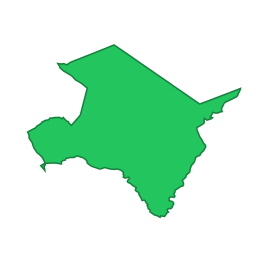 Brejo da Madre de Deus, Pernambuco, Brazil, rotated 109°
{"feature_id": "56859067B57083131073603", "entity_name": "Brejo da Madre de Deus", "entity_type": "district", "adm_level": 2, "iso_a3": "BRA", "parent_name": "Brazil", "parent_adm1": "Pernambuco", "projection": "equal_earth", "projection_center": [-36.237, -8.078], "detail": "fine", "context": "isolated", "style": "filled", "palette": "green", "viewbox_px": 256, "rotation_deg": 109, "n_neighbors": 0, "source": "geoboundaries", "source_scale": "gbopen_adm2", "svg_char_len": 2625}
<svg xmlns="http://www.w3.org/2000/svg" viewBox="0 0 256 256"><g transform="rotate(109 128 128)"><path d="M157.7,215.3L164.4,221.6L167.1,219.2L169.9,218.2L173.1,213.8L175.1,212.5L177.9,210.0L181.1,205.7L181.8,203.3L183.8,199.3L187.0,196.0L188.4,195.1L187.5,192.6L185.2,186.6L184.5,184.2L183.7,179.2L181.6,180.0L180.0,178.9L178.8,176.9L176.9,176.7L176.0,175.0L174.7,173.1L173.7,169.9L172.2,168.2L170.7,166.7L170.9,164.7L170.9,162.5L170.7,160.7L171.8,157.4L172.7,156.1L174.5,155.0L175.7,151.6L176.1,149.1L176.0,146.5L176.0,141.4L174.9,139.4L173.3,137.9L172.9,136.2L172.7,132.6L172.3,130.3L171.8,128.2L171.2,126.6L170.2,124.7L170.2,120.8L170.9,119.0L171.8,117.6L173.5,117.6L174.4,116.2L176.0,116.5L176.3,114.5L175.2,112.7L174.3,111.2L175.4,110.1L177.3,111.1L178.8,111.2L179.6,109.9L179.5,107.7L180.4,106.1L181.2,103.3L181.7,100.7L183.1,100.9L184.4,100.8L185.2,99.4L185.4,97.0L187.5,95.8L190.1,92.8L192.0,91.1L190.9,89.1L191.6,87.6L193.0,86.4L193.8,84.3L195.1,84.7L196.1,83.5L197.7,82.7L198.3,80.4L200.1,80.0L201.6,74.7L201.5,71.4L202.0,68.6L200.5,68.5L199.7,64.6L197.3,63.9L195.4,63.4L194.4,62.3L193.1,64.2L191.1,63.8L190.6,61.7L189.1,60.5L187.2,60.4L185.2,60.1L183.9,60.5L183.1,62.2L183.3,65.5L180.7,66.3L179.0,64.8L178.7,61.9L177.2,61.4L175.6,63.1L173.4,62.7L171.6,63.2L165.9,58.9L165.1,57.3L163.0,57.1L161.1,58.4L159.6,59.6L157.6,58.3L155.8,57.4L153.3,57.4L151.2,56.2L149.6,55.3L147.7,55.6L146.3,55.8L144.9,55.9L142.8,55.8L138.9,54.3L135.7,54.2L134.1,54.5L132.3,53.3L130.5,51.1L128.0,50.8L125.0,49.1L120.9,48.4L119.2,49.0L117.4,52.1L115.3,54.1L113.0,57.2L107.3,62.2L105.2,63.0L100.6,59.0L98.6,57.7L97.1,57.9L95.9,58.7L94.0,58.8L94.9,56.0L93.6,54.1L91.9,52.0L90.7,51.5L91.0,53.7L89.7,53.4L85.5,52.7L85.4,50.0L84.3,47.4L83.1,46.5L81.8,44.2L80.4,45.4L79.0,45.9L73.0,45.1L71.5,43.9L68.4,40.7L66.5,38.8L63.1,35.5L61.4,34.9L59.8,34.9L55.7,34.4L54.0,34.5L77.5,62.5L82.0,68.0L75.6,90.8L73.6,98.2L72.0,103.5L67.8,118.9L67.2,120.9L58.9,150.4L54.0,168.2L55.4,169.9L57.9,172.7L78.8,197.0L82.2,201.0L84.5,203.6L86.3,205.1L88.1,206.2L88.1,210.0L89.1,211.5L89.9,215.4L91.9,212.8L93.3,211.8L94.2,209.5L94.9,208.0L95.7,204.5L96.6,200.0L97.4,197.2L98.6,195.3L99.7,193.0L100.0,190.9L101.0,186.4L101.7,184.5L102.9,181.3L103.6,179.5L127.1,177.6L131.0,177.3L134.0,178.3L144.0,182.4L142.7,185.2L141.4,186.5L141.4,188.7L140.5,190.1L139.1,192.8L140.7,193.4L140.3,196.3L141.9,200.6L143.2,202.9L144.1,205.0L145.9,205.6L147.0,207.3L147.8,208.8L149.0,209.8L150.0,211.1L152.2,211.8L154.4,213.5L155.7,214.7L157.7,215.3ZM188.4,195.1L192.0,198.3L195.3,192.8L191.2,194.9L189.7,194.1L188.4,195.1Z" fill="#22c55e" stroke="#15803d" stroke-width="1.5"/></g></svg>